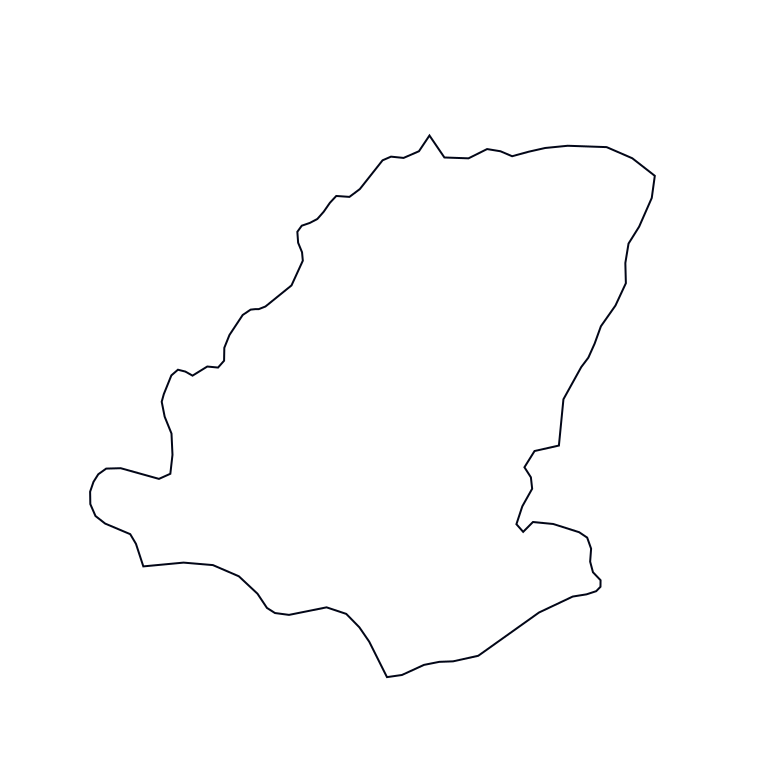 outline of Bougouriba, rotated 14°
{"feature_id": "BFA-2832", "entity_name": "Bougouriba", "entity_type": "Province", "adm_level": 1, "iso_a3": "BFA", "parent_name": "Burkina Faso", "parent_adm1": "", "projection": "equal_earth", "projection_center": [-3.423, 10.894], "detail": "fine", "context": "isolated", "style": "outline", "palette": "ink", "viewbox_px": 768, "rotation_deg": 14, "n_neighbors": 0, "source": "natural_earth", "source_scale": "10m", "svg_char_len": 1497}
<svg xmlns="http://www.w3.org/2000/svg" viewBox="0 0 768 768"><g transform="rotate(14 384 384)"><path d="M453.2,132.0L468.4,123.5L483.3,116.0L504.6,108.4L542.7,100.3L570.3,104.9L596.4,116.5L598.8,138.7L593.5,169.6L587.3,188.6L588.9,208.2L594.3,227.7L589.6,251.9L580.5,275.5L578.6,293.9L575.9,309.0L571.3,319.8L561.8,355.4L568.6,401.4L546.3,412.6L540.4,430.8L549.1,439.0L553.1,449.8L547.8,469.2L546.4,488.0L554.8,493.8L561.9,481.9L582.0,478.9L609.2,480.6L618.3,483.9L624.8,493.7L627.0,506.5L632.3,516.1L641.6,522.0L643.1,528.4L640.0,533.7L631.4,539.1L618.5,544.6L589.7,568.2L541.2,624.9L518.1,636.4L504.9,640.2L490.7,646.9L471.8,662.0L457.8,667.7L432.0,637.6L418.9,626.0L403.0,616.2L382.3,614.6L347.7,631.0L333.6,632.6L324.6,629.6L312.0,618.1L289.7,605.7L261.8,601.1L232.7,605.8L194.6,619.2L182.0,599.1L174.1,591.1L147.2,586.9L136.0,581.9L128.1,571.6L124.9,559.6L125.8,549.2L128.6,540.7L134.9,533.3L148.9,529.4L188.6,530.5L198.4,522.8L195.9,503.9L189.8,483.5L179.1,468.8L172.6,455.0L172.8,447.1L175.6,427.1L180.6,420.0L188.2,420.0L196.2,422.2L208.3,409.8L219.0,408.2L223.2,400.1L220.3,387.5L222.2,373.8L230.2,351.2L236.6,344.1L240.7,342.6L244.3,341.7L250.2,337.5L270.4,310.7L275.4,284.0L272.6,276.0L266.5,267.7L263.1,257.3L265.9,250.3L273.0,245.7L279.4,240.0L283.8,231.5L287.7,221.2L292.2,213.1L305.2,210.8L313.4,200.7L328.5,167.3L335.8,161.7L348.3,159.9L361.6,149.7L368.0,131.9L387.8,149.6L411.4,144.6L427.2,131.1L440.7,130.0L453.2,132.0Z" fill="none" stroke="#020617" stroke-width="2"/></g></svg>